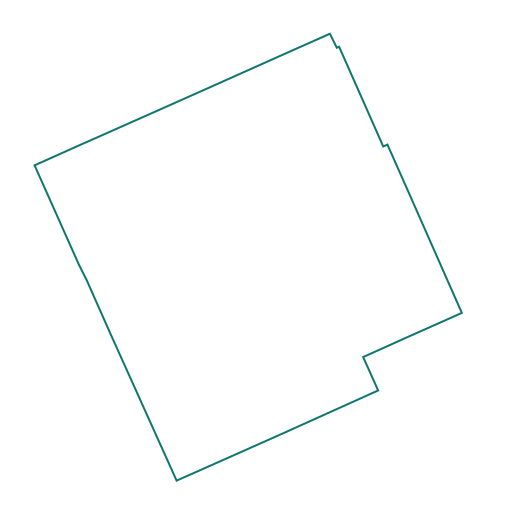 Luna, New Mexico, United States of America, rotated 156°
{"feature_id": "52423323B3054531487219", "entity_name": "Luna", "entity_type": "district", "adm_level": 2, "iso_a3": "USA", "parent_name": "United States of America", "parent_adm1": "New Mexico", "projection": "robinson", "projection_center": [-107.798, 32.195], "detail": "fine", "context": "isolated", "style": "outline", "palette": "teal", "viewbox_px": 512, "rotation_deg": 156, "n_neighbors": 0, "source": "geoboundaries", "source_scale": "gbopen_adm2", "svg_char_len": 429}
<svg xmlns="http://www.w3.org/2000/svg" viewBox="0 0 512 512"><g transform="rotate(156 256 256)"><path d="M98.1,429.0L153.8,429.0L225.8,428.9L299.3,428.9L376.8,429.0L421.4,428.9L421.3,319.7L420.5,303.2L420.6,245.2L419.9,87.1L419.9,83.1L310.6,83.0L199.1,83.5L199.2,120.1L153.7,120.3L91.1,120.3L90.7,250.7L90.6,304.3L95.2,304.3L95.0,395.1L95.0,413.4L97.5,413.4L98.1,429.0Z" fill="none" stroke="#0f766e" stroke-width="2"/></g></svg>